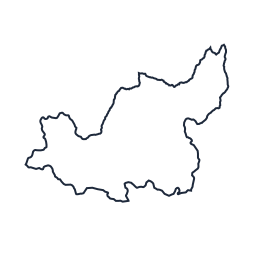 outline of Lunana, Gasa, Bhutan, rotated 174°
{"feature_id": "84629894B27866882347456", "entity_name": "Lunana", "entity_type": "district", "adm_level": 2, "iso_a3": "BTN", "parent_name": "Bhutan", "parent_adm1": "Gasa", "projection": "orthographic", "projection_center": [90.007, 27.974], "detail": "fine", "context": "isolated", "style": "outline", "palette": "slate", "viewbox_px": 256, "rotation_deg": 174, "n_neighbors": 0, "source": "geoboundaries", "source_scale": "gbopen_adm2", "svg_char_len": 5797}
<svg xmlns="http://www.w3.org/2000/svg" viewBox="0 0 256 256"><g transform="rotate(174 128 128)"><path d="M23.9,200.7L24.6,200.3L25.9,200.1L26.3,199.7L27.4,197.4L27.8,197.2L27.9,196.8L28.8,195.6L29.6,193.6L31.9,192.4L32.6,191.8L32.9,192.0L33.8,193.5L35.7,194.3L36.6,195.4L36.9,196.7L37.6,197.7L37.7,199.3L39.0,197.9L39.9,197.8L41.0,197.0L42.0,196.8L42.3,196.3L42.3,195.9L42.9,195.3L43.2,194.0L44.2,192.5L44.4,190.9L45.1,190.0L45.3,189.7L46.0,189.5L47.4,188.4L48.9,188.0L49.2,187.4L49.4,186.0L50.3,184.4L51.2,183.6L53.1,183.2L54.0,182.2L54.8,179.7L55.6,178.7L56.0,176.7L56.7,175.7L56.9,175.0L58.1,173.6L58.4,172.7L58.6,171.3L59.3,170.7L60.7,170.2L61.8,169.7L62.2,169.4L62.3,168.9L64.3,167.9L64.9,167.4L65.6,167.6L67.9,167.0L68.4,167.2L69.2,167.3L69.8,167.7L71.5,167.6L72.2,167.2L72.4,166.3L72.6,166.0L73.4,166.3L73.6,166.3L74.7,165.5L75.8,165.3L77.2,164.1L77.5,164.0L77.8,164.0L79.3,166.1L79.8,166.3L81.0,165.8L82.3,166.2L82.6,166.1L82.8,166.6L84.4,167.8L85.6,168.3L85.6,168.6L85.5,168.8L87.5,170.3L87.7,171.4L88.3,171.6L89.4,172.5L91.1,172.3L91.9,172.6L93.4,172.8L93.9,173.0L94.6,173.8L95.9,174.4L96.9,174.7L98.3,175.6L99.7,175.7L100.5,176.2L101.1,176.2L103.5,177.4L104.3,177.9L104.8,178.9L105.1,180.0L105.3,180.2L106.7,180.2L108.2,180.9L110.2,180.9L111.4,181.5L111.4,180.8L111.6,179.7L111.4,178.0L111.9,176.7L112.1,175.7L111.9,175.0L111.9,173.0L111.5,171.8L112.4,169.4L112.8,168.9L114.0,168.3L114.6,168.6L116.6,168.5L118.0,167.8L119.0,167.8L120.5,166.9L122.1,167.1L122.9,166.4L123.3,166.8L124.0,166.9L125.2,166.7L125.8,166.7L126.5,167.3L126.9,167.2L127.3,167.6L128.0,167.8L129.0,168.6L130.6,168.6L132.4,166.9L132.8,166.0L134.4,165.3L135.4,163.9L136.0,163.6L136.2,163.0L137.3,162.1L137.4,161.1L137.7,160.6L137.7,160.0L138.1,158.6L139.1,157.6L139.7,154.4L140.2,153.4L141.0,152.5L141.1,152.1L141.5,151.5L142.3,150.8L142.4,150.2L142.7,149.9L143.4,149.7L144.1,148.8L144.4,147.7L145.8,146.2L146.3,144.9L147.4,143.7L147.9,142.4L149.6,141.0L149.8,139.4L151.2,138.0L152.8,134.6L153.8,133.4L154.1,132.3L153.9,131.3L154.3,130.2L155.0,129.4L155.0,128.7L154.7,128.0L154.9,126.8L155.3,126.0L156.3,125.3L157.6,125.3L158.5,125.0L161.2,124.6L162.0,124.9L165.5,124.8L166.5,124.5L167.9,123.8L168.6,122.8L170.4,122.0L171.0,121.4L173.1,121.5L174.2,121.8L174.9,122.4L175.8,124.2L178.1,125.1L180.2,127.2L180.7,128.2L180.8,128.9L180.6,130.1L180.0,131.7L179.7,132.1L179.3,133.6L179.9,134.2L180.5,135.2L180.8,136.9L182.7,141.3L184.5,143.0L184.9,143.7L185.3,144.8L185.6,146.5L185.9,146.8L188.2,147.1L188.7,147.3L190.2,148.3L191.1,149.6L191.6,150.0L192.2,150.1L194.4,149.7L195.8,147.6L197.4,145.6L198.6,145.3L202.8,146.4L204.6,147.7L205.1,147.9L206.1,147.6L206.9,146.2L207.2,145.9L208.2,145.6L209.2,145.6L209.7,145.8L210.1,146.1L210.6,147.0L211.0,147.4L211.9,147.5L212.8,146.9L214.0,145.3L214.4,144.4L214.5,143.3L214.3,142.3L213.5,140.3L213.1,138.6L213.2,137.9L213.8,136.6L213.7,135.1L213.3,134.0L211.9,131.7L211.4,130.6L211.5,130.0L211.7,129.6L213.0,128.0L213.0,127.3L212.7,126.9L211.8,126.2L211.5,125.7L210.9,122.9L210.8,119.9L211.0,118.0L211.2,117.4L212.8,116.8L213.8,115.6L214.2,115.2L214.7,115.1L217.0,114.9L218.2,115.0L220.9,115.4L222.4,115.8L222.9,115.8L224.0,115.3L224.9,114.3L225.9,111.4L226.6,110.2L227.3,109.5L228.3,109.0L229.9,108.7L230.6,108.3L232.7,103.7L233.6,102.3L232.5,101.3L231.1,99.3L230.4,99.1L228.8,99.1L223.7,96.9L220.5,97.5L218.9,96.3L217.6,95.8L216.8,96.0L215.8,98.0L214.6,98.6L211.4,99.2L209.8,98.6L208.7,97.7L207.5,95.5L207.2,93.7L207.3,92.4L205.7,88.8L205.6,87.4L203.6,85.8L202.8,84.4L200.9,84.0L199.8,81.8L197.8,79.1L196.1,78.0L191.0,77.7L189.5,76.8L188.4,75.3L187.9,73.5L187.3,72.6L186.6,68.1L186.3,67.6L184.7,67.4L181.9,67.7L181.0,67.5L179.1,67.8L175.2,72.5L169.7,72.3L164.5,70.3L159.2,68.8L157.5,67.1L154.9,66.0L154.6,65.5L154.8,65.0L155.5,64.3L155.5,63.1L155.3,62.2L154.0,61.0L153.5,60.0L152.2,59.4L149.6,58.8L147.7,56.8L145.0,56.5L143.1,56.5L141.0,55.3L135.1,55.5L135.1,55.9L137.1,60.6L137.0,61.3L136.3,62.1L135.1,64.6L134.8,65.5L135.0,67.1L135.7,68.2L136.8,68.9L137.2,72.8L136.3,73.6L133.3,74.1L130.3,73.1L130.0,72.5L128.6,71.2L127.0,69.2L126.1,68.2L125.3,67.6L122.8,68.2L121.0,68.2L119.1,67.6L118.3,67.8L116.5,69.1L115.4,71.9L112.9,73.6L111.1,72.7L109.6,71.4L108.7,70.2L108.1,65.8L106.7,64.9L105.1,63.6L104.2,63.6L102.8,63.2L100.7,62.1L98.5,58.7L94.3,56.3L91.1,57.4L89.6,57.7L87.8,60.2L86.8,62.4L85.6,63.2L85.1,63.3L84.6,63.3L83.8,62.5L83.3,60.6L83.6,59.3L84.2,58.7L85.1,58.2L85.4,57.4L85.3,57.1L85.0,56.9L81.8,57.8L77.7,57.9L76.9,58.1L76.1,59.0L74.8,59.9L71.8,59.1L71.7,60.1L71.4,60.7L70.0,62.7L69.5,64.8L67.6,70.5L67.5,71.5L67.9,72.6L69.2,74.2L68.8,76.5L68.5,76.9L66.6,77.9L65.4,78.8L62.9,80.3L62.2,81.3L62.0,82.0L61.8,84.1L61.9,84.9L60.8,87.2L60.4,88.3L60.4,89.1L61.3,90.4L61.5,91.3L61.1,95.1L61.1,98.0L64.4,104.1L66.9,105.6L67.4,106.6L67.1,107.2L65.8,108.4L65.8,109.2L66.7,110.7L67.7,111.5L68.4,111.7L69.1,112.4L70.4,112.7L70.8,113.7L71.3,116.6L71.9,118.5L71.3,121.1L71.4,122.8L72.1,124.7L71.5,127.7L69.7,130.5L68.8,131.1L67.3,131.3L66.4,131.0L63.6,129.5L62.3,129.7L61.6,129.3L60.1,127.7L59.6,126.5L58.7,124.7L56.8,124.6L56.1,125.0L55.3,125.1L54.5,125.5L53.9,125.4L53.4,125.9L49.9,128.2L48.4,130.0L48.1,131.3L47.5,132.2L46.1,133.6L43.8,134.7L43.6,135.1L41.5,136.6L40.5,136.9L38.7,138.4L37.1,138.5L35.8,138.1L34.8,138.6L34.5,140.3L33.9,140.9L33.8,143.8L33.6,144.6L33.1,145.3L33.1,146.3L33.3,148.8L32.3,149.6L31.4,150.9L29.5,152.6L28.9,152.7L27.5,153.8L26.7,154.9L25.3,156.2L24.8,157.3L24.3,157.9L23.9,159.1L24.3,160.8L24.1,163.3L24.1,166.3L23.9,166.7L23.9,167.5L24.4,169.0L24.4,169.8L24.6,170.4L24.8,172.0L25.7,173.6L26.2,176.5L26.1,178.1L25.9,178.9L26.3,179.5L26.4,180.2L25.8,181.7L25.8,182.3L25.2,183.2L25.0,184.3L23.9,185.9L23.8,187.1L24.3,187.9L24.3,189.2L23.5,191.3L22.6,193.1L22.4,195.4L23.0,197.6L22.9,198.7L23.9,200.7Z" fill="none" stroke="#1e293b" stroke-width="2"/></g></svg>